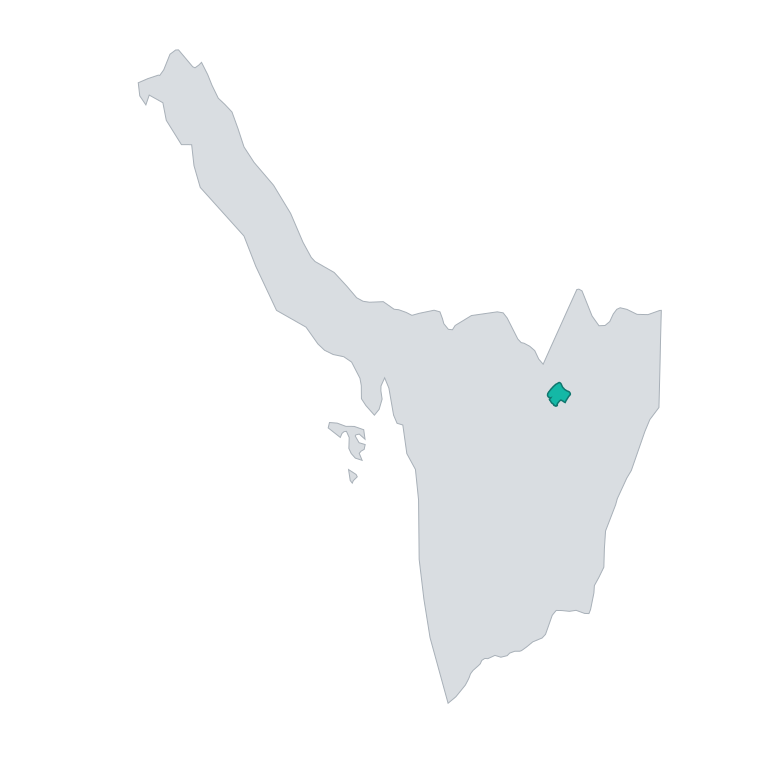 Barentu, Gash Barka, Eritrea (highlighted), rotated 186°
{"feature_id": "51966322B45373579076089", "entity_name": "Barentu", "entity_type": "district", "adm_level": 2, "iso_a3": "ERI", "parent_name": "Eritrea", "parent_adm1": "Gash Barka", "projection": "equal_earth", "projection_center": [37.661, 15.11], "detail": "fine", "context": "in_parent", "style": "filled", "palette": "teal", "viewbox_px": 768, "rotation_deg": 186, "n_neighbors": 0, "source": "geoboundaries", "source_scale": "gbopen_adm2", "svg_char_len": 5715}
<svg xmlns="http://www.w3.org/2000/svg" viewBox="0 0 768 768"><g transform="rotate(186 384 384)"><path d="M115.9,486.2L113.4,454.4L111.6,433.1L109.8,410.6L108.1,389.4L115.9,376.4L119.6,364.0L129.0,323.8L132.7,315.8L140.0,294.3L141.0,288.1L148.3,261.0L147.6,243.0L146.2,224.8L150.1,214.1L153.7,205.5L153.4,198.2L155.0,181.3L156.2,177.1L160.5,176.8L169.3,179.0L175.8,177.3L183.3,177.3L189.1,176.8L192.5,171.6L197.2,151.9L200.2,147.9L202.5,146.7L209.1,143.1L214.8,137.3L219.4,133.2L221.1,132.4L226.0,131.9L230.9,129.5L233.1,126.7L239.2,124.5L245.3,125.7L249.3,123.3L252.0,121.7L255.1,121.6L257.9,119.3L259.0,115.8L260.8,113.6L265.5,108.5L267.7,104.8L268.6,101.0L269.6,98.1L271.6,93.1L279.8,80.5L286.9,73.2L311.7,136.6L321.8,174.1L330.7,213.3L337.5,272.3L343.8,302.3L354.0,317.1L361.0,345.2L366.9,346.3L371.2,354.0L378.7,380.4L384.0,390.2L386.8,381.7L386.4,376.9L384.3,368.8L386.2,358.3L390.3,352.0L399.7,360.6L404.9,367.0L406.4,380.0L408.5,387.2L418.5,402.4L426.8,406.9L437.6,408.0L446.6,411.3L453.9,416.9L467.5,432.4L498.6,446.0L523.8,487.6L538.7,516.5L587.3,560.3L595.8,581.3L600.3,601.9L610.5,600.9L628.1,623.5L633.3,640.6L647.7,646.8L650.0,636.7L657.0,645.0L659.9,657.9L650.8,663.0L640.7,667.6L639.3,667.4L635.9,673.4L631.3,689.6L626.1,694.4L623.3,694.8L607.4,679.5L605.0,678.7L601.6,681.7L599.1,684.8L591.7,673.3L586.3,663.1L578.7,650.9L571.5,645.4L563.6,638.6L555.9,622.7L548.0,605.1L536.4,590.8L514.6,570.1L494.7,543.9L479.4,516.5L469.6,502.3L465.4,498.6L445.2,489.7L431.0,477.2L420.2,466.9L413.5,464.1L407.0,463.8L393.3,465.8L381.8,459.4L377.1,459.4L369.4,457.5L363.4,455.2L356.3,458.0L341.9,462.6L335.9,461.6L332.7,455.1L330.8,450.2L325.7,445.1L321.6,445.1L319.3,449.7L304.2,461.2L278.9,467.6L272.9,467.2L268.4,462.5L255.6,442.7L251.9,439.5L249.0,439.2L243.1,436.8L237.6,433.0L232.7,424.9L227.8,420.3L222.6,436.2L213.4,464.0L208.5,478.9L202.1,498.1L200.1,498.7L196.8,497.3L184.2,473.4L176.3,464.4L170.3,465.3L166.0,469.7L163.3,477.6L160.3,482.6L157.1,484.5L150.2,483.6L139.6,479.7L128.7,480.6L117.4,486.0L115.9,486.2ZM413.0,327.1L416.4,333.0L418.8,332.4L420.6,330.5L421.9,326.3L434.9,334.5L434.2,340.0L426.5,340.2L417.5,337.9L409.2,338.7L399.4,336.4L397.1,327.1L403.4,331.6L406.6,330.5L407.2,329.3L402.7,323.0L396.4,321.8L396.9,316.9L399.7,314.9L401.4,312.5L397.8,305.8L404.8,307.3L409.3,311.4L412.2,316.2L413.0,327.1ZM407.5,284.5L410.3,295.2L402.3,291.1L400.9,288.9L404.4,284.7L405.2,282.1L407.5,284.5Z" fill="#d9dde1" stroke="#a8b0b8" stroke-width="1"/><path d="M217.9,386.1L217.3,385.0L216.5,384.4L216.0,383.5L215.8,383.3L215.7,383.2L215.5,382.9L215.4,382.8L215.2,382.7L214.9,382.4L214.7,382.4L214.4,382.2L214.2,382.1L213.9,381.8L213.7,381.7L213.4,381.6L213.2,381.4L213.0,381.2L213.0,380.9L212.9,380.7L212.7,380.8L212.5,380.6L212.4,380.5L212.2,380.5L211.9,380.3L211.8,380.2L211.7,380.2L211.4,380.0L211.2,380.2L210.9,380.1L210.6,380.0L210.4,380.3L210.3,380.2L209.9,380.3L209.6,380.5L209.4,380.8L209.4,381.1L209.5,381.2L209.7,381.4L209.7,381.6L209.6,381.9L209.5,382.1L209.5,382.3L209.4,382.5L209.4,382.9L209.0,383.3L208.1,384.8L207.1,386.0L206.4,386.5L206.2,386.4L205.9,386.4L205.7,386.3L205.3,386.2L205.2,386.1L204.9,385.9L204.7,385.8L204.4,385.8L204.2,385.7L203.9,385.5L203.8,385.4L203.6,385.3L203.3,385.1L203.1,385.0L202.9,384.9L202.7,384.8L202.4,384.7L202.2,384.6L201.9,384.5L201.7,385.0L201.6,385.3L201.5,385.6L201.5,385.8L201.4,386.0L201.3,386.3L201.2,386.6L201.1,386.8L201.0,387.1L200.8,387.2L200.7,387.5L200.5,388.0L200.4,388.2L200.3,388.3L200.2,388.5L200.0,388.9L199.9,389.2L199.7,389.5L199.5,390.0L199.4,390.2L199.3,390.5L199.2,390.6L199.1,390.8L198.9,391.0L198.8,391.3L198.6,391.5L198.4,391.8L198.3,392.0L198.1,392.3L197.9,392.5L197.7,392.7L197.7,392.9L197.7,393.0L197.6,393.4L197.7,393.6L197.7,393.9L197.8,394.1L198.0,394.5L198.3,394.8L198.4,395.0L198.6,395.2L198.8,395.4L198.9,395.5L199.0,395.5L199.3,395.7L199.5,395.7L199.6,395.8L199.8,395.9L200.0,395.9L200.1,396.0L200.3,396.0L200.5,396.0L201.0,396.2L201.3,396.3L201.5,396.4L201.8,396.5L202.1,396.6L202.4,396.8L202.5,396.9L202.6,397.0L202.8,397.1L203.0,397.1L203.4,397.3L203.6,397.4L203.8,397.5L204.1,397.8L204.3,398.0L204.6,398.2L204.7,398.3L204.8,398.5L205.0,398.6L205.2,398.8L205.4,398.9L205.5,399.0L205.8,399.2L205.9,399.4L206.0,399.5L206.2,399.8L206.3,400.0L206.5,400.2L206.6,400.3L206.7,400.6L206.8,400.8L207.0,401.1L207.2,401.4L207.3,401.6L207.4,401.8L207.5,402.0L207.6,402.3L207.9,402.6L208.0,402.7L208.2,402.9L208.3,403.1L208.5,403.2L208.6,403.3L208.8,403.4L208.9,403.5L209.0,403.6L209.3,403.7L209.5,403.7L209.9,403.8L210.0,403.8L210.3,403.6L210.5,403.4L210.8,403.3L211.0,403.1L211.3,402.9L211.5,402.7L211.8,402.5L212.0,402.3L212.1,402.2L212.3,402.1L212.6,402.0L212.7,401.9L212.9,401.8L213.1,401.6L213.3,401.5L213.4,401.3L213.6,401.2L213.8,400.8L214.0,400.6L214.2,400.4L214.3,400.3L214.5,400.1L214.7,399.9L214.8,399.7L215.0,399.5L215.2,399.3L215.4,399.0L215.6,398.7L215.9,398.5L215.9,398.4L216.0,398.2L216.2,397.9L216.4,397.7L216.5,397.6L216.6,397.4L216.7,397.2L216.9,397.1L217.1,396.8L217.2,396.7L217.3,396.5L217.4,396.4L217.5,396.2L217.7,395.7L217.8,395.7L218.0,395.4L218.2,395.1L218.3,394.9L218.5,394.6L218.6,394.4L218.8,394.1L218.9,393.9L219.1,393.7L219.3,393.4L219.4,393.2L219.5,393.0L219.6,392.7L219.8,392.3L219.9,392.1L220.0,391.9L220.1,391.7L220.1,391.3L220.2,391.1L220.2,390.9L220.2,390.7L220.2,390.4L220.2,390.2L220.2,389.9L220.1,389.7L220.0,389.4L219.9,389.2L219.7,388.9L219.5,388.7L219.3,388.4L219.1,388.3L218.9,388.2L218.6,388.0L218.4,388.0L218.3,387.9L218.1,387.9L217.8,387.8L217.7,387.8L217.5,387.7L217.4,387.7L217.2,387.6L216.9,387.6L216.7,387.7L216.8,387.5L216.8,387.4L217.0,387.2L217.3,386.8L217.4,386.6L217.6,386.3L217.7,386.2L217.9,386.1L217.9,386.1Z" fill="#14b8a6" stroke="#0f766e" stroke-width="1.5"/></g></svg>